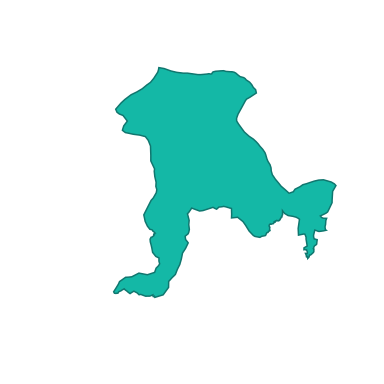 outline of Ifelodun, Kwara, Nigeria, rotated 235°
{"feature_id": "59680162B15317000449503", "entity_name": "Ifelodun", "entity_type": "district", "adm_level": 2, "iso_a3": "NGA", "parent_name": "Nigeria", "parent_adm1": "Kwara", "projection": "mercator", "projection_center": [4.887, 8.634], "detail": "fine", "context": "isolated", "style": "filled", "palette": "teal", "viewbox_px": 384, "rotation_deg": 235, "n_neighbors": 0, "source": "geoboundaries", "source_scale": "gbopen_adm2", "svg_char_len": 4944}
<svg xmlns="http://www.w3.org/2000/svg" viewBox="0 0 384 384"><g transform="rotate(235 192 192)"><path d="M114.7,313.6L117.0,313.3L120.3,311.8L122.8,309.8L126.6,306.7L129.1,302.6L130.8,298.4L132.1,294.1L133.1,290.6L134.4,287.0L134.4,283.5L135.2,278.0L134.1,275.1L135.3,270.8L140.2,269.7L145.7,268.3L149.2,268.1L152.7,267.8L153.7,267.7L155.3,267.6L157.9,267.7L160.0,267.7L163.8,269.0L166.5,270.6L169.7,271.6L170.3,271.6L173.7,271.8L176.3,272.4L180.0,273.7L182.2,274.3L185.6,274.4L186.5,274.4L190.4,273.9L193.4,273.8L196.4,273.4L200.1,272.6L205.0,270.7L210.2,269.5L211.0,269.3L215.2,269.2L220.9,269.1L224.5,269.3L226.7,270.7L227.9,272.3L229.5,274.6L230.0,275.7L230.8,277.3L232.5,280.8L234.0,283.8L236.1,288.0L236.8,289.9L236.4,293.8L236.3,298.0L236.2,301.5L239.3,302.8L242.5,302.2L245.7,302.5L248.9,302.2L252.7,300.7L254.4,300.6L256.0,300.0L258.9,297.6L261.0,296.9L264.2,296.1L266.0,295.2L267.4,293.9L268.6,292.3L271.3,289.0L273.2,287.5L274.6,285.3L277.4,280.5L278.3,278.1L278.1,277.1L277.5,276.0L277.9,275.0L279.2,273.7L280.1,271.8L283.3,266.2L284.9,264.0L288.2,260.5L292.0,256.4L294.3,253.1L298.8,248.1L303.3,244.1L309.1,240.0L312.9,236.2L311.3,234.6L309.8,232.7L307.0,225.8L305.6,220.8L305.6,216.5L305.5,215.5L305.1,210.5L305.6,204.1L306.6,197.9L306.3,190.1L305.6,184.9L303.6,177.0L300.4,176.3L297.6,177.2L294.3,179.4L287.2,179.7L285.3,174.0L282.5,170.4L281.1,170.8L278.9,171.5L276.6,173.7L274.4,175.7L272.8,177.2L268.6,181.8L264.1,185.6L259.4,185.8L253.5,184.4L245.5,179.2L241.1,176.1L232.4,174.6L230.7,173.0L226.0,170.4L220.6,168.2L217.3,165.6L214.3,164.6L214.1,164.5L211.9,162.3L209.3,156.8L208.9,155.1L208.6,153.7L202.5,142.3L200.9,139.4L194.8,136.8L189.6,135.9L185.6,136.1L184.3,137.3L183.4,137.7L182.5,137.5L181.4,137.9L179.5,138.2L179.6,137.9L179.6,137.7L179.4,137.5L179.5,137.5L179.5,137.2L179.5,136.7L178.9,136.0L178.1,135.7L178.0,133.5L178.4,132.6L177.4,130.6L175.0,129.2L172.2,128.2L169.2,127.0L165.1,125.1L160.0,125.4L156.9,127.1L154.4,125.3L151.7,124.3L150.8,122.2L150.2,118.9L147.6,115.3L149.8,108.0L156.0,102.0L157.1,94.0L158.8,90.9L160.2,88.7L160.2,85.9L160.2,81.3L158.8,79.0L156.9,74.7L155.2,70.6L153.6,70.4L152.7,71.3L151.6,73.3L152.3,74.7L151.8,77.3L151.8,78.5L151.6,80.9L150.2,81.1L148.3,81.8L146.2,82.3L144.3,83.0L144.3,84.9L144.1,87.5L140.8,89.2L138.2,89.7L137.5,91.3L133.3,94.2L130.9,97.8L130.2,100.9L129.7,100.4L128.5,100.3L128.3,101.4L127.0,101.1L124.3,109.4L127.3,118.1L132.1,121.6L133.3,126.8L133.6,128.9L134.0,131.1L137.0,135.6L137.9,137.2L139.6,140.4L140.2,141.1L143.1,144.7L147.4,149.2L149.5,154.4L152.5,159.7L154.0,159.7L156.7,159.5L159.7,161.0L160.0,164.9L161.0,166.4L162.9,168.4L167.1,170.6L170.4,173.4L176.8,175.8L177.1,177.5L177.8,179.3L178.0,180.0L179.0,182.5L172.1,187.3L170.5,190.3L167.4,200.4L165.3,201.4L163.8,202.3L164.2,205.6L163.4,206.8L162.2,209.2L162.2,209.4L162.1,209.6L162.0,209.8L161.8,209.9L161.4,210.3L159.9,211.7L159.1,212.2L158.6,212.7L157.7,213.4L157.5,213.5L157.3,213.6L157.2,213.8L156.9,214.1L155.9,214.9L151.0,211.7L148.1,209.5L145.1,214.9L138.5,216.8L133.9,216.8L127.2,216.4L121.2,217.3L119.5,218.1L115.9,221.6L115.7,223.8L114.8,225.7L114.2,227.3L115.7,229.8L115.3,231.1L115.9,232.1L115.6,233.4L115.9,234.0L116.7,234.0L117.5,234.6L118.5,235.6L118.9,235.4L120.0,235.7L120.7,236.4L121.0,237.8L120.8,238.1L120.3,238.1L120.0,238.9L119.8,239.7L119.7,240.4L119.4,240.6L119.8,241.5L120.5,242.1L120.5,242.7L120.2,242.9L119.7,242.5L119.6,242.8L120.1,243.2L120.4,243.9L119.9,244.4L120.1,245.2L119.4,245.4L119.3,246.1L118.8,246.2L118.6,246.9L118.9,247.7L118.7,247.8L119.1,248.8L119.4,248.9L119.7,250.1L120.2,250.6L120.0,251.5L120.8,251.9L121.2,252.5L121.4,253.2L122.4,253.7L123.0,254.2L124.2,255.0L124.8,255.4L121.5,255.5L117.6,257.2L114.3,260.6L111.7,262.8L109.8,263.8L108.0,264.4L101.3,258.1L95.6,254.5L93.5,259.4L92.7,260.3L92.3,260.2L89.5,259.5L88.0,258.4L81.7,255.4L82.0,251.7L80.5,250.6L80.0,251.6L79.2,252.1L79.0,252.3L78.9,252.6L78.6,252.4L78.2,252.4L77.8,252.4L77.5,252.3L77.2,252.3L76.7,252.1L76.4,251.9L76.1,251.7L75.9,251.5L75.8,251.4L75.5,251.2L75.7,250.9L75.9,250.7L76.3,250.3L76.6,249.8L76.3,249.8L75.8,249.6L74.8,249.3L74.5,249.3L74.4,249.4L74.0,248.9L73.2,248.6L72.9,249.5L72.4,249.3L72.2,249.2L71.8,249.0L71.7,249.0L71.2,248.7L71.5,250.3L71.7,250.6L71.9,251.0L72.3,251.4L72.7,251.8L72.8,251.9L73.0,252.1L72.7,252.6L72.4,252.9L72.4,253.2L72.6,255.1L72.8,256.3L72.8,256.7L73.1,257.3L73.7,258.0L73.9,258.1L74.9,258.6L75.4,258.8L75.8,258.9L75.6,259.2L76.0,259.3L76.1,259.2L77.1,260.4L77.6,261.4L77.6,262.1L77.6,263.7L77.8,264.2L77.9,264.4L78.6,264.9L79.5,265.7L80.8,266.9L81.2,267.2L81.9,266.5L82.6,266.0L82.9,265.8L83.0,265.6L83.3,265.2L85.3,265.8L86.9,266.8L90.4,270.8L87.2,273.0L86.6,273.8L84.8,277.3L83.7,280.0L84.6,279.7L87.1,280.9L88.8,282.8L91.9,285.3L93.2,287.2L95.3,284.4L96.9,283.5L98.8,283.4L98.1,287.5L97.8,289.7L97.9,291.7L99.2,294.1L102.9,300.6L104.7,301.9L111.9,307.6L113.4,310.9L113.9,311.9L114.7,313.6Z" fill="#14b8a6" stroke="#0f766e" stroke-width="1.5"/></g></svg>